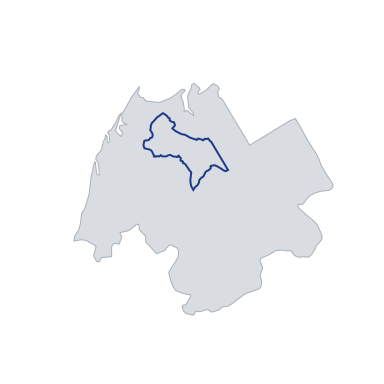 Moyen-Ogooué highlighted on a map of Gabon, rotated 59°
{"feature_id": "GAB-2621", "entity_name": "Moyen-Ogooué", "entity_type": "Province", "adm_level": 1, "iso_a3": "GAB", "parent_name": "Gabon", "parent_adm1": "", "projection": "orthographic", "projection_center": [10.538, -0.51], "detail": "fine", "context": "in_parent", "style": "outline", "palette": "blue", "viewbox_px": 384, "rotation_deg": 59, "n_neighbors": 0, "source": "natural_earth", "source_scale": "10m", "svg_char_len": 6506}
<svg xmlns="http://www.w3.org/2000/svg" viewBox="0 0 384 384"><g transform="rotate(59 192 192)"><path d="M261.2,71.2L261.0,74.1L257.8,81.0L256.3,86.4L255.9,92.1L256.8,96.7L258.4,100.0L259.4,103.6L258.6,106.1L257.1,107.1L258.1,108.4L260.5,108.7L264.5,107.6L270.6,105.7L278.6,102.9L283.9,101.5L292.7,102.4L297.3,103.4L299.7,105.4L302.3,113.6L303.6,114.8L305.7,118.3L307.4,122.5L307.8,124.7L307.6,126.2L305.9,128.5L303.9,131.8L303.2,133.8L301.5,135.3L299.4,136.8L293.6,137.4L292.7,138.2L291.0,141.8L288.0,144.8L286.6,147.6L285.3,151.4L285.6,156.1L284.9,162.9L284.3,167.5L285.9,169.1L292.8,170.2L294.2,171.1L296.0,173.9L298.4,176.6L304.8,178.3L307.2,180.3L309.3,182.6L309.5,184.4L308.1,191.7L306.7,198.8L307.2,204.1L307.7,209.3L308.5,216.7L308.1,221.3L306.3,224.1L306.3,226.3L307.1,228.9L305.5,236.1L304.5,237.4L301.6,238.7L300.1,240.7L299.6,243.7L298.1,247.9L296.5,249.5L296.5,251.4L298.0,252.8L298.0,255.0L295.1,257.6L293.4,259.6L289.6,260.6L285.3,259.5L284.3,258.1L285.3,255.8L285.0,254.0L283.5,252.1L281.1,247.3L279.1,246.2L277.9,248.2L274.4,251.9L268.2,256.7L263.8,257.1L255.7,255.6L248.9,253.3L245.8,247.8L243.8,243.2L240.9,237.8L237.7,235.3L234.2,233.6L232.6,233.5L227.7,236.5L226.2,237.7L226.2,240.2L226.7,242.5L227.4,243.6L228.1,245.1L228.0,247.5L227.1,250.6L226.8,254.0L211.2,257.4L208.5,256.2L206.6,254.6L204.2,254.9L197.5,256.6L195.0,255.4L192.6,254.5L191.4,255.3L191.3,256.7L192.5,264.8L192.1,267.9L190.6,271.9L189.8,274.6L193.9,275.4L195.4,276.6L196.9,278.7L198.8,280.6L199.0,281.7L196.7,283.8L195.9,286.4L197.0,288.5L199.8,290.6L203.9,292.8L205.9,294.2L205.7,295.5L203.8,298.3L203.1,300.7L201.8,302.9L202.0,304.8L203.9,306.7L203.7,308.3L202.4,309.6L199.9,309.3L197.7,309.5L195.8,309.0L189.7,302.6L188.4,302.4L179.6,307.3L177.5,309.3L175.6,312.2L173.2,318.5L169.2,314.9L165.8,308.2L161.8,304.1L153.3,297.4L151.1,292.6L141.4,281.8L127.5,271.0L117.5,261.7L116.0,259.6L117.7,259.9L127.4,264.5L128.7,264.0L129.8,262.9L125.6,260.5L121.6,258.6L117.9,257.4L114.1,257.5L112.0,255.5L110.6,252.5L110.0,249.9L108.3,247.2L103.0,241.7L101.7,239.6L98.8,236.6L100.5,236.2L106.2,239.0L106.7,237.9L106.2,236.3L100.5,233.6L97.4,233.5L96.7,231.6L97.1,229.4L93.0,221.4L88.7,215.3L88.1,212.4L99.6,225.6L101.1,225.8L103.1,225.7L107.9,224.2L107.0,222.5L104.8,220.6L102.7,221.5L100.0,221.6L98.6,220.8L98.0,219.5L100.7,213.1L99.5,213.4L98.6,214.6L97.2,215.1L94.9,215.4L89.2,212.0L84.2,202.8L82.9,200.9L81.5,197.7L80.2,196.4L74.5,183.2L76.7,184.2L79.3,188.0L84.4,187.2L86.4,185.0L88.1,185.1L89.9,184.6L92.1,182.5L98.6,173.5L100.4,161.5L99.8,154.5L98.8,147.4L101.0,145.2L101.9,146.7L102.3,149.2L103.3,151.0L105.6,152.7L109.9,153.1L116.6,155.7L119.0,157.4L119.6,154.1L127.3,151.2L125.0,150.2L118.2,151.3L108.8,147.1L105.7,144.4L102.8,139.4L99.8,136.7L100.0,134.3L106.7,132.1L108.5,132.4L109.2,135.0L111.0,136.1L111.7,135.7L112.0,133.5L112.0,127.4L110.0,118.8L110.6,117.2L112.5,116.6L114.1,115.4L115.2,115.2L117.5,115.4L118.7,117.4L119.3,118.5L121.6,119.0L123.5,120.1L125.1,119.8L126.4,118.6L128.4,118.3L134.5,118.3L140.1,118.3L151.2,118.4L162.2,118.4L173.3,118.4L181.6,118.5L181.6,113.6L181.5,105.9L181.5,97.0L181.4,88.4L181.4,80.4L181.3,71.0L181.8,68.3L182.3,67.2L182.1,65.6L190.7,65.5L206.2,66.2L212.9,66.1L214.9,66.2L223.3,65.8L230.2,66.4L233.1,67.0L235.7,67.4L243.9,67.8L254.6,67.3L258.2,67.4L260.2,68.7L261.2,71.2Z" fill="#d9dde1" stroke="#a8b0b8" stroke-width="1"/><path d="M191.7,149.8L191.5,151.1L191.6,151.7L191.4,152.2L191.2,152.7L190.4,153.3L189.9,153.6L189.3,154.1L188.9,154.3L188.2,154.4L182.5,157.4L181.9,158.0L180.8,158.7L180.5,159.1L180.2,160.4L179.5,161.7L179.4,162.1L179.4,162.4L179.5,162.8L179.6,163.0L179.9,163.2L180.2,163.3L180.6,163.3L181.0,163.5L181.4,164.0L181.7,165.4L181.9,167.2L181.7,168.4L181.7,169.3L181.8,169.8L181.9,170.2L182.1,170.5L184.3,173.7L184.5,174.1L184.6,174.7L184.6,175.3L184.6,176.3L184.7,177.0L185.3,179.1L185.6,179.5L185.9,179.9L187.4,181.2L187.7,181.5L188.2,182.3L188.9,183.6L189.5,186.9L189.6,187.3L190.9,189.8L187.3,189.7L186.0,189.5L183.6,188.6L181.2,187.5L175.0,182.7L174.4,182.6L174.0,182.6L172.3,183.0L165.0,183.4L164.2,183.6L163.8,183.8L163.4,184.0L162.9,184.7L162.5,184.9L162.2,184.8L161.3,184.2L160.9,184.2L160.5,184.4L160.0,185.1L159.6,185.4L159.1,185.6L158.7,185.5L158.3,185.2L158.1,184.8L157.7,184.4L157.3,184.2L156.7,184.2L156.3,184.2L155.9,184.4L155.6,184.6L155.1,184.8L154.1,184.6L153.9,184.8L153.9,185.1L154.4,185.9L154.6,186.3L154.4,186.6L154.2,186.9L153.8,187.2L153.5,187.5L152.3,189.3L151.9,189.7L151.5,190.1L149.4,191.3L149.0,191.7L148.7,192.0L148.4,193.3L148.2,194.1L148.2,194.5L148.3,195.3L148.2,195.7L146.6,198.5L146.4,198.7L146.1,199.0L144.6,199.7L144.4,199.8L144.3,200.1L144.5,200.4L144.7,200.7L144.8,201.1L144.7,201.5L144.5,201.9L143.9,202.7L143.6,203.0L143.4,203.4L143.3,203.8L143.3,204.2L143.2,204.5L143.0,204.9L142.5,205.0L142.3,205.4L142.2,205.7L142.1,206.1L141.8,206.4L141.3,206.0L140.9,205.7L138.5,205.7L137.5,205.5L136.9,205.4L135.9,205.5L135.2,205.7L134.7,205.9L133.5,206.7L130.0,210.3L129.3,210.0L127.4,209.7L127.2,209.6L126.9,209.4L126.5,209.2L124.0,206.9L123.6,206.5L123.6,206.1L123.7,205.7L124.7,203.7L125.0,202.9L125.1,202.4L125.1,202.0L125.0,201.6L124.3,200.0L124.3,199.8L124.3,199.5L124.6,198.8L124.6,198.4L124.5,197.9L124.1,197.4L122.7,196.2L122.2,196.0L121.8,195.9L121.0,195.9L119.5,195.8L119.2,195.8L118.9,195.8L117.8,195.9L117.4,195.8L117.0,195.7L116.7,195.4L116.5,195.0L116.0,194.5L115.9,194.4L115.5,194.2L115.0,193.8L114.1,193.4L112.4,191.2L109.8,182.7L110.0,181.7L109.4,176.5L109.7,176.1L110.0,176.0L110.4,175.8L112.0,175.0L113.6,174.4L114.0,174.3L115.2,174.2L115.6,174.2L116.7,173.7L117.4,173.2L117.7,173.3L118.6,174.0L119.0,174.2L119.7,174.1L121.0,173.4L121.7,172.9L122.2,172.4L122.5,172.0L122.9,171.5L123.3,171.5L123.7,171.6L124.1,171.8L124.5,171.9L125.3,172.0L125.7,172.1L126.0,172.3L126.3,172.7L126.5,173.0L126.8,174.3L126.9,174.7L127.0,175.4L127.1,175.8L127.3,176.1L128.0,176.0L131.7,174.5L136.7,171.4L137.6,170.6L138.9,168.9L139.4,168.5L142.3,166.8L143.1,166.5L143.6,166.2L148.5,162.3L148.7,162.1L148.7,161.9L148.7,161.7L148.8,161.5L149.1,161.3L149.4,161.2L149.6,161.2L149.8,160.8L149.7,160.4L149.6,159.6L149.4,159.2L149.9,158.5L150.6,158.1L151.4,157.3L151.8,156.8L152.2,156.5L153.3,156.0L153.5,155.6L153.5,155.2L153.1,154.5L153.0,154.2L153.0,153.7L153.0,153.4L153.2,153.2L153.3,153.1L154.0,152.4L154.1,152.2L154.3,152.0L154.3,151.7L154.3,151.1L154.4,150.7L154.5,150.6L155.3,150.5L156.9,150.3L157.2,150.3L157.8,150.2L159.0,149.6L159.3,149.6L160.1,149.7L191.7,149.8Z" fill="none" stroke="#1e3a8a" stroke-width="2"/></g></svg>